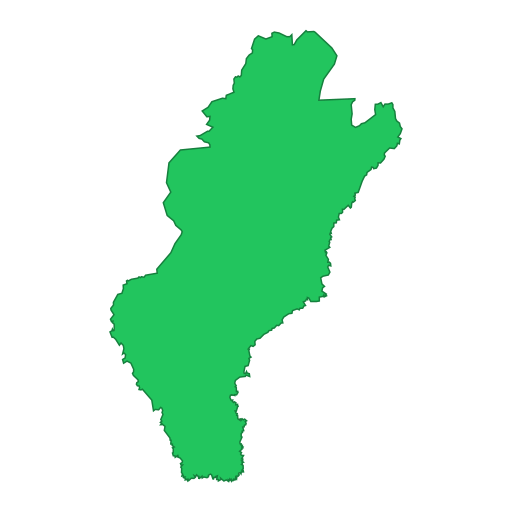 outline of Asante Akim South, Ashanti, Ghana
{"feature_id": "2480657B39079904074923", "entity_name": "Asante Akim South", "entity_type": "district", "adm_level": 2, "iso_a3": "GHA", "parent_name": "Ghana", "parent_adm1": "Ashanti", "projection": "robinson", "projection_center": [-1.081, 6.462], "detail": "fine", "context": "isolated", "style": "filled", "palette": "green", "viewbox_px": 512, "rotation_deg": 0, "n_neighbors": 0, "source": "geoboundaries", "source_scale": "gbopen_adm2", "svg_char_len": 6088}
<svg xmlns="http://www.w3.org/2000/svg" viewBox="0 0 512 512"><path d="M354.9,98.7L318.9,100.2L320.3,91.1L323.7,79.1L334.4,64.1L336.9,55.8L331.9,48.0L315.2,32.3L313.8,31.5L307.4,31.9L306.0,30.7L296.8,39.9L294.2,44.6L292.4,44.8L291.8,34.7L289.8,36.7L286.8,36.7L279.1,33.0L274.3,32.1L271.9,33.3L272.1,36.7L265.9,39.0L258.3,35.8L254.6,39.1L251.5,48.6L252.6,49.7L252.4,52.9L249.2,55.0L246.4,58.6L245.8,63.6L241.7,70.1L241.3,75.4L239.9,76.9L238.2,76.0L236.8,77.2L235.5,76.8L233.9,79.0L234.3,83.2L233.2,85.3L232.9,88.9L234.0,92.2L226.3,95.3L225.8,98.7L222.5,98.2L211.9,101.7L208.1,107.3L202.2,111.0L206.9,116.8L210.0,116.4L209.6,120.2L206.6,124.4L212.9,127.2L209.0,131.3L207.6,131.2L200.1,135.6L196.9,136.1L199.1,138.4L201.9,139.1L204.4,141.8L208.6,142.8L209.9,144.8L210.0,147.1L180.4,150.0L169.0,162.8L166.5,182.7L170.8,192.1L163.3,202.7L167.2,215.5L173.7,220.8L175.8,225.4L181.1,229.9L182.2,231.7L181.2,234.8L175.0,243.6L170.9,252.7L156.8,269.2L157.2,273.2L145.6,275.2L144.0,277.3L141.4,276.7L140.5,277.6L139.0,276.9L137.9,278.1L131.4,279.3L128.4,280.9L127.4,280.3L126.5,281.0L127.0,283.7L123.2,285.1L123.4,288.7L121.9,293.3L117.8,294.4L113.4,302.3L113.5,305.0L110.8,308.4L111.0,310.0L114.0,314.7L110.5,319.2L111.4,321.4L112.9,321.2L112.3,322.5L114.2,324.2L114.2,328.7L114.0,330.5L113.0,330.7L112.4,329.2L111.9,330.8L110.0,331.9L112.1,337.3L113.4,337.2L115.7,339.3L119.4,345.2L121.0,343.0L123.3,345.4L123.9,348.7L122.6,354.0L124.0,353.0L125.6,354.6L125.1,358.0L122.6,359.5L123.6,363.2L127.0,361.1L130.9,363.1L133.7,369.3L133.5,372.1L132.5,373.3L133.4,375.4L138.0,379.8L138.3,381.6L136.8,382.7L136.4,384.2L137.4,385.8L139.0,385.9L139.6,387.7L139.0,389.5L141.0,389.9L142.4,389.2L151.8,400.1L153.5,410.8L155.2,409.4L158.6,409.8L160.7,407.4L161.9,408.2L162.7,410.6L162.0,412.5L163.0,414.4L160.8,419.5L161.8,421.1L160.4,422.4L161.8,423.4L160.7,424.7L162.9,424.6L165.0,426.4L164.3,430.4L169.9,437.9L170.2,440.2L171.1,440.3L170.8,444.0L172.4,444.2L172.2,445.5L174.2,447.0L172.5,447.8L173.3,448.8L173.2,452.6L172.5,453.0L173.3,455.8L174.9,455.8L175.2,457.3L177.8,455.4L178.1,456.5L177.1,456.7L180.1,458.0L182.5,460.9L182.1,462.6L180.5,463.5L181.1,465.1L182.5,465.0L180.8,467.1L181.7,468.4L181.5,472.5L182.5,473.9L181.9,476.0L183.3,475.5L183.3,477.1L184.7,477.0L184.0,477.8L185.5,478.4L185.2,479.9L187.0,479.4L187.6,480.6L188.1,479.4L188.7,480.6L191.2,478.3L193.9,478.4L195.2,477.4L194.4,475.8L195.7,476.6L196.6,474.8L198.5,476.8L198.8,478.9L199.2,477.2L199.7,478.2L202.0,476.2L202.2,478.0L203.8,477.0L207.0,477.7L208.5,476.7L208.4,475.3L210.5,474.1L211.6,474.9L212.9,478.9L213.5,479.0L213.8,477.4L215.6,477.5L215.5,476.6L217.4,475.8L216.7,479.5L218.4,479.6L218.4,480.9L221.0,479.5L220.7,478.2L223.9,481.0L226.3,479.9L228.4,481.3L228.3,479.8L229.1,480.3L229.6,479.3L229.9,480.3L231.0,479.2L231.5,481.2L232.2,480.3L232.9,480.7L234.2,478.5L233.9,480.1L235.5,479.7L235.7,477.3L236.6,478.7L237.0,476.0L238.1,476.2L239.2,474.9L238.5,474.0L239.1,472.9L240.3,472.8L241.0,473.8L241.3,472.0L243.5,471.9L243.2,470.6L242.4,471.1L241.9,470.2L243.2,468.6L243.1,465.6L241.6,464.4L242.4,464.1L242.1,462.7L243.4,462.2L241.6,460.8L242.8,460.1L242.7,458.9L241.6,458.8L243.5,455.5L241.5,455.3L240.6,454.1L241.5,452.5L239.6,451.3L242.0,449.1L241.7,448.4L242.8,447.9L242.0,447.2L242.8,446.8L241.9,446.2L242.3,445.3L241.0,444.9L241.2,443.9L240.1,443.8L239.8,442.0L242.0,437.1L241.2,436.8L241.2,433.5L242.5,432.3L242.1,431.2L243.7,430.7L242.7,427.1L244.1,426.9L244.4,425.2L245.7,424.8L246.1,423.5L245.3,421.5L246.6,420.8L244.6,419.1L243.2,419.8L242.1,418.8L241.4,419.8L241.4,419.0L240.1,418.9L239.8,420.1L237.8,418.7L237.6,415.4L236.7,415.3L237.2,413.6L236.2,413.4L235.2,411.0L236.3,411.1L237.6,406.7L238.6,405.9L237.5,406.1L237.5,404.4L235.7,404.8L235.9,402.7L234.3,401.8L233.6,402.5L232.3,401.2L232.7,400.1L231.0,400.2L229.8,397.2L230.5,395.2L231.7,395.2L231.0,394.6L234.8,395.5L234.7,394.6L236.6,394.8L238.0,392.4L237.7,391.3L236.4,391.6L236.3,387.6L235.2,386.8L236.2,385.8L234.7,383.2L235.4,380.4L239.7,377.1L245.3,376.4L246.0,375.1L249.7,376.5L249.3,373.7L247.1,373.0L246.5,371.5L245.8,373.2L244.2,373.5L243.9,371.9L245.0,366.4L248.1,365.6L249.6,360.3L248.9,358.4L251.0,357.1L249.9,356.0L248.8,350.5L249.3,349.3L248.2,349.0L250.9,345.6L253.1,346.4L255.1,344.8L254.8,341.4L256.8,339.0L260.1,338.2L263.9,334.3L267.9,332.3L269.0,330.6L271.6,330.2L272.1,328.4L274.3,328.0L276.7,325.3L278.7,325.6L281.2,323.0L282.8,322.9L282.1,319.8L283.8,317.0L288.8,313.7L291.9,313.3L292.5,310.6L297.1,308.9L299.3,309.8L299.9,308.3L302.7,308.2L304.0,305.9L305.5,305.5L303.3,301.9L305.6,300.9L306.4,299.2L307.5,299.7L307.4,297.5L308.8,298.0L310.8,301.5L316.5,301.5L319.3,301.0L319.3,297.1L323.2,296.4L323.8,295.2L324.2,296.9L326.5,295.8L325.6,295.0L326.3,294.1L321.9,291.1L322.6,287.8L324.5,286.4L321.9,283.9L320.7,277.8L323.0,276.2L328.3,275.0L329.9,272.1L327.7,267.0L328.6,265.3L330.8,265.9L330.5,263.3L329.3,262.1L327.8,262.2L328.4,259.4L325.9,255.3L326.9,252.8L326.3,251.8L325.5,252.4L325.0,250.2L329.8,247.3L328.7,246.1L329.7,242.3L329.1,241.5L330.2,239.4L331.1,239.5L330.7,237.6L331.7,236.9L329.8,234.3L330.4,232.9L331.2,233.2L330.7,231.4L332.1,228.1L333.8,226.6L333.8,223.1L336.3,222.8L336.6,220.2L339.4,219.8L338.4,217.1L339.2,213.5L341.5,213.4L342.6,212.2L342.4,209.3L343.9,209.4L348.2,205.3L350.4,208.0L351.3,207.2L351.7,203.3L352.7,201.7L353.4,202.1L355.3,200.5L354.7,198.7L355.2,197.1L353.9,196.3L355.3,195.1L354.9,193.2L358.2,192.4L362.2,181.1L364.6,176.1L366.6,174.9L367.0,172.4L371.0,169.5L371.6,167.1L373.2,167.5L373.7,168.7L376.4,168.1L378.0,165.4L378.1,162.8L380.5,163.0L384.0,159.1L385.2,156.2L384.3,155.1L384.5,153.0L389.6,148.0L394.3,148.6L396.8,145.9L397.4,143.3L399.3,143.9L399.8,140.2L400.9,138.6L397.8,137.0L400.3,133.6L402.0,128.8L400.3,126.6L399.5,123.1L396.8,121.0L395.5,118.6L394.8,111.4L392.9,107.9L392.9,104.6L391.8,102.8L388.2,104.1L384.9,104.1L383.2,106.8L380.9,102.6L377.8,104.2L375.3,104.3L374.8,109.6L375.6,114.6L364.9,122.8L361.4,123.7L359.5,125.7L355.5,127.4L351.7,125.1L351.2,119.3L352.1,113.9L351.2,104.7L352.6,101.8L354.8,100.2L354.9,98.7Z" fill="#22c55e" stroke="#15803d" stroke-width="1.5"/></svg>